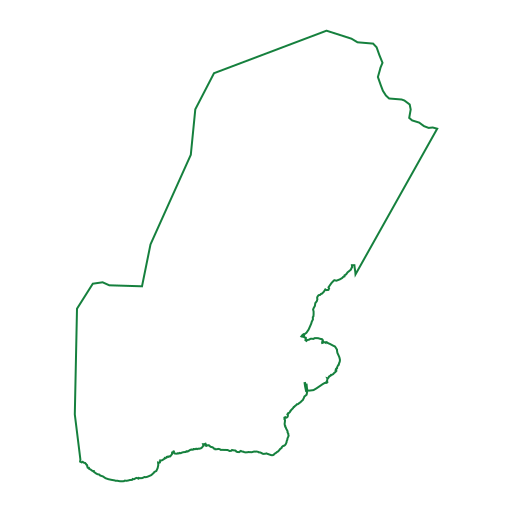 outline of Ordome, Palau
{"feature_id": "81905179B69517244030983", "entity_name": "Ordome", "entity_type": "district", "adm_level": 2, "iso_a3": "PLW", "parent_name": "Palau", "parent_adm1": "", "projection": "albers", "projection_center": [134.556, 7.371], "detail": "fine", "context": "isolated", "style": "outline", "palette": "green", "viewbox_px": 512, "rotation_deg": 0, "n_neighbors": 0, "source": "geoboundaries", "source_scale": "gbopen_adm2", "svg_char_len": 6083}
<svg xmlns="http://www.w3.org/2000/svg" viewBox="0 0 512 512"><path d="M80.1,461.6L81.7,462.4L82.7,461.8L83.4,462.4L84.1,462.8L85.2,463.0L85.8,463.9L86.1,464.0L86.5,464.8L86.9,464.9L87.3,465.9L87.2,466.3L87.7,467.7L88.9,467.8L89.0,468.7L90.7,469.6L92.4,470.9L93.8,471.1L93.7,471.7L96.3,473.6L97.5,474.2L98.9,474.5L99.4,474.6L100.1,475.5L102.9,476.4L105.5,478.2L108.4,479.2L111.7,479.9L114.6,480.4L115.8,480.8L117.1,480.7L119.5,481.2L121.4,481.3L123.9,481.2L124.8,480.6L126.5,480.8L128.2,480.5L129.9,480.0L132.0,479.9L132.7,479.0L133.2,479.2L134.3,479.1L135.2,478.5L136.2,478.0L136.8,477.9L138.4,478.6L138.8,477.9L139.6,478.2L142.1,478.1L143.5,477.5L144.5,477.0L145.6,477.2L147.0,476.9L148.3,476.4L151.3,475.1L154.0,472.6L154.3,472.0L156.3,471.0L157.6,468.2L158.3,465.0L158.1,462.7L158.8,463.0L159.1,462.6L159.9,462.4L159.8,461.3L160.3,461.0L160.3,460.4L161.1,460.5L162.2,460.2L164.2,458.9L164.6,458.2L164.9,458.5L166.7,457.5L166.7,456.9L167.8,456.6L168.4,456.9L168.9,456.7L169.2,456.3L170.2,456.4L171.4,454.9L172.0,454.1L172.1,452.5L172.5,452.4L172.8,452.2L173.3,451.8L173.5,451.4L173.9,451.5L173.8,452.6L174.2,453.3L174.8,453.5L175.4,453.5L176.1,453.7L177.1,453.7L177.9,453.2L178.8,453.5L179.5,452.9L180.7,453.2L181.9,452.6L183.3,452.2L184.2,452.1L185.7,452.0L186.2,451.4L186.8,451.2L187.1,451.5L187.8,451.5L188.5,450.9L189.2,450.7L189.6,450.2L190.0,450.1L190.7,449.7L191.6,449.5L192.0,449.8L192.5,449.6L193.1,449.6L193.4,449.4L193.6,449.0L193.9,449.0L194.1,449.2L194.3,449.1L195.4,449.1L196.1,448.7L196.7,449.0L197.0,449.1L197.2,448.9L197.9,448.9L198.8,448.6L199.7,448.7L200.1,448.5L201.1,448.2L202.0,447.5L203.2,445.9L203.3,445.2L203.3,444.7L203.1,444.2L204.0,444.2L204.4,444.6L204.9,444.6L205.0,443.9L205.5,443.7L206.1,445.1L205.8,445.7L206.4,445.9L206.8,445.7L206.7,445.1L207.4,445.4L208.2,445.3L208.7,445.2L209.0,445.3L209.3,445.8L209.9,446.1L210.3,446.6L211.3,447.1L211.8,447.0L213.1,447.6L213.9,448.6L214.8,448.7L215.2,449.3L217.0,449.2L218.3,448.9L219.8,449.2L220.7,449.9L223.5,449.9L227.6,450.0L229.6,451.0L231.5,450.7L232.0,450.0L233.9,450.4L235.3,450.5L235.8,450.8L236.2,451.5L237.3,452.0L239.2,452.1L240.1,451.5L240.3,451.1L240.8,450.9L241.3,451.2L242.3,451.6L243.5,451.7L244.0,452.1L245.7,452.4L247.9,452.2L248.3,452.0L249.0,452.1L251.8,452.2L254.2,451.5L255.1,451.7L255.8,451.5L256.4,451.5L257.3,451.7L258.5,452.0L258.9,452.4L259.6,452.4L260.4,452.5L261.3,453.0L261.6,453.0L262.0,453.4L262.9,453.8L263.6,453.9L265.4,453.7L266.6,453.4L267.4,453.9L268.1,454.0L269.2,454.5L269.6,454.5L270.4,454.9L271.6,455.2L272.3,455.2L273.0,455.1L273.8,454.7L274.1,454.2L275.1,453.4L275.8,453.0L276.4,452.6L276.7,452.2L277.2,451.9L278.0,451.5L279.4,450.0L279.6,449.6L280.2,449.1L280.2,448.9L281.6,447.9L281.8,447.2L282.2,446.7L282.8,446.2L283.4,445.8L283.7,445.9L284.2,445.7L285.0,445.1L285.5,444.5L286.0,443.6L286.6,442.1L286.6,441.4L286.9,440.6L287.3,439.8L287.5,438.3L288.4,436.4L288.6,435.4L288.3,434.8L288.3,433.7L287.9,433.1L287.5,432.2L287.6,431.7L287.5,431.1L286.1,428.5L285.9,427.7L285.4,427.1L285.4,426.6L285.1,426.3L285.2,425.8L284.9,425.5L284.6,424.0L285.0,420.7L284.9,419.8L284.5,419.4L284.4,417.6L285.0,417.3L285.1,417.9L286.2,417.7L286.9,417.4L287.5,416.9L287.8,416.2L287.9,415.6L287.8,414.7L287.4,414.3L287.7,413.9L288.3,413.6L288.3,413.1L288.8,413.0L289.8,412.2L290.4,410.9L290.9,410.6L290.9,410.3L293.0,408.2L293.7,407.0L294.3,406.9L294.7,406.2L295.2,405.9L296.3,405.0L296.8,404.3L297.7,404.2L298.6,403.7L298.9,403.3L299.6,402.8L300.3,402.4L301.9,400.8L303.0,399.8L303.4,398.8L303.9,397.9L304.4,396.5L305.3,395.8L306.6,394.7L307.1,392.2L306.6,391.5L306.1,391.2L305.1,386.5L304.6,383.1L305.1,383.0L305.5,384.6L306.6,384.6L306.9,387.7L307.4,390.6L308.2,390.6L309.4,390.6L313.5,390.1L316.4,388.4L319.5,386.3L320.4,385.7L322.7,384.1L323.8,383.5L324.6,383.0L325.1,383.0L325.5,382.7L326.2,382.9L326.7,382.8L327.2,382.4L327.4,382.1L326.8,381.3L327.0,381.1L327.0,380.8L327.3,379.8L327.5,378.7L327.3,378.3L327.6,378.4L328.3,378.0L328.7,377.2L328.9,376.6L329.4,376.5L329.8,376.0L330.5,375.8L330.6,375.4L331.0,374.9L331.4,375.0L332.1,374.7L333.2,374.1L334.5,372.6L335.0,372.4L335.4,372.1L335.6,371.5L336.3,371.0L336.3,370.0L335.7,370.0L335.9,369.1L336.5,368.4L337.0,368.2L336.9,367.8L338.1,365.2L338.8,364.8L339.0,363.2L339.4,362.7L339.9,360.9L339.9,359.5L339.4,357.4L338.6,355.5L337.4,352.9L337.0,350.6L337.0,349.7L335.3,347.0L334.7,346.3L333.6,345.9L329.7,343.8L329.0,343.6L328.4,343.2L327.9,343.1L327.4,342.8L326.8,342.2L326.1,342.1L325.4,342.3L325.4,342.6L324.9,342.3L324.5,342.3L323.7,342.0L323.4,342.4L323.1,342.4L322.7,342.9L322.2,343.0L322.1,342.4L322.3,341.9L322.1,341.6L321.8,341.7L322.6,341.0L322.9,340.5L322.6,339.8L321.9,339.1L320.4,338.9L318.2,338.2L316.2,338.1L314.4,338.2L313.6,338.9L311.0,338.7L310.1,339.0L309.2,339.6L308.4,339.8L307.5,340.0L306.8,340.4L306.4,340.9L305.4,340.1L305.8,338.9L305.9,337.9L305.6,337.6L305.2,337.5L304.8,337.6L303.7,336.9L302.9,336.7L302.1,336.7L301.4,336.4L302.1,335.5L302.3,335.9L303.3,336.2L304.0,335.9L304.1,335.3L303.9,334.8L303.2,334.6L303.7,334.1L304.5,334.2L306.4,332.8L308.6,329.6L310.2,326.0L311.2,323.7L311.8,321.6L312.9,319.5L312.8,317.2L313.4,316.4L313.6,314.3L313.6,312.8L313.6,311.6L313.1,309.5L313.6,308.2L314.9,305.9L315.3,303.1L316.8,301.2L317.4,299.2L317.1,297.9L317.5,296.6L318.6,295.2L320.1,294.9L321.0,293.9L321.9,293.7L323.8,291.8L325.3,289.4L326.4,290.1L328.4,289.9L329.1,288.4L328.5,287.3L331.5,283.0L333.3,281.1L334.3,280.2L336.4,280.7L339.8,279.4L342.2,278.0L343.2,276.9L344.5,276.4L344.5,275.4L346.2,274.3L347.6,272.3L348.9,271.3L350.9,269.6L351.4,268.2L352.1,267.3L351.9,265.2L354.4,265.2L354.6,267.2L355.3,272.0L355.5,274.4L437.2,128.7L432.7,127.5L428.6,127.9L423.9,126.1L419.2,122.6L412.1,120.4L409.2,117.9L410.7,109.5L409.7,104.5L404.4,100.5L401.6,99.5L389.1,98.5L385.9,95.5L382.9,90.8L380.7,85.0L377.9,77.0L379.8,70.3L380.5,67.6L382.5,62.8L379.3,54.9L376.6,47.3L373.1,43.6L357.5,42.3L351.5,38.7L326.5,30.7L214.0,73.2L195.3,109.3L190.8,154.8L150.5,244.4L142.0,286.3L109.3,285.3L102.6,282.3L92.8,283.7L77.0,308.7L74.8,414.4L80.4,459.6L80.1,461.6Z" fill="none" stroke="#15803d" stroke-width="2"/></svg>